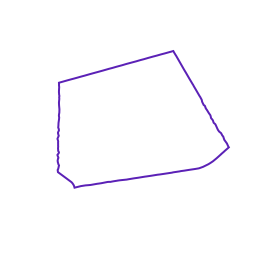 Phaya Thai, Bangkok Metropolis, Thailand (orthographic projection), rotated 53°
{"feature_id": "78962969B58585163382090", "entity_name": "Phaya Thai", "entity_type": "district", "adm_level": 2, "iso_a3": "THA", "parent_name": "Thailand", "parent_adm1": "Bangkok Metropolis", "projection": "orthographic", "projection_center": [100.545, 13.78], "detail": "fine", "context": "isolated", "style": "outline", "palette": "violet", "viewbox_px": 256, "rotation_deg": 53, "n_neighbors": 0, "source": "geoboundaries", "source_scale": "gbopen_adm2", "svg_char_len": 3874}
<svg xmlns="http://www.w3.org/2000/svg" viewBox="0 0 256 256"><g transform="rotate(53 128 128)"><path d="M93.8,45.5L93.5,46.2L93.4,46.4L93.2,47.1L92.3,49.3L90.7,53.4L89.1,57.3L87.6,61.2L86.0,65.1L84.3,69.4L82.6,73.9L81.2,77.3L79.7,81.3L77.8,86.0L75.9,90.7L74.3,95.0L72.2,100.2L70.6,104.4L69.2,107.8L67.1,113.3L65.4,117.6L63.8,121.6L61.9,126.4L60.1,131.1L58.6,134.8L57.6,137.4L56.1,141.2L54.8,144.4L53.6,147.4L51.9,151.8L50.3,155.9L50.7,156.2L51.2,156.5L52.2,157.3L53.0,157.8L54.0,158.4L54.8,159.1L56.7,160.7L57.2,161.1L57.7,161.5L58.3,161.9L59.1,162.4L60.0,163.0L61.1,163.5L61.5,163.9L61.7,164.1L61.9,164.4L62.6,164.8L63.3,165.3L63.8,165.7L63.9,165.8L65.3,167.1L65.8,167.5L66.2,167.9L68.4,169.4L69.5,170.1L71.6,171.4L72.0,171.7L72.4,172.0L74.5,173.7L75.6,174.9L76.3,175.5L76.5,175.7L76.6,175.8L77.7,176.4L78.0,176.5L79.4,177.7L82.2,180.5L84.4,182.3L84.5,182.4L84.8,182.7L85.4,183.2L85.7,183.5L86.2,183.6L86.4,183.7L87.2,183.9L88.1,184.5L88.3,184.6L88.5,184.8L88.6,185.0L89.0,185.8L89.3,186.3L89.4,186.5L89.5,186.6L89.7,186.8L89.8,186.9L90.6,187.3L90.8,187.3L91.5,187.7L92.0,187.8L92.3,187.9L92.5,188.0L92.7,188.3L94.0,190.6L94.2,190.8L94.3,190.9L94.6,191.0L95.5,191.3L95.8,191.4L96.6,191.8L96.9,192.0L97.2,192.3L97.8,192.8L98.0,192.9L100.0,194.4L100.1,194.5L100.4,194.7L100.9,195.0L101.0,195.1L102.1,196.1L102.9,196.6L103.2,196.8L104.2,197.5L104.3,197.5L104.6,197.6L104.9,197.6L105.5,197.7L105.7,197.8L105.8,197.8L106.0,197.9L106.1,198.0L106.3,198.3L106.4,198.5L106.7,199.5L106.8,199.8L106.9,200.0L107.0,200.4L107.0,200.5L107.3,200.7L107.8,200.9L109.3,201.3L109.5,201.3L109.8,201.5L110.0,201.7L110.0,201.8L110.2,202.1L110.3,202.1L110.4,202.3L110.8,202.8L111.3,203.4L111.6,203.7L111.8,203.9L112.4,204.2L112.6,204.4L112.9,204.5L113.0,204.6L113.3,204.7L114.6,205.2L114.8,205.3L115.0,205.4L115.6,205.5L116.1,205.6L116.3,205.6L116.5,205.7L117.0,206.4L117.4,206.9L117.7,207.2L117.9,207.4L118.8,208.6L119.1,209.3L119.3,209.5L119.5,209.6L121.1,210.5L131.2,207.5L137.0,205.8L137.4,205.7L138.7,205.6L140.4,205.7L141.6,205.9L143.5,206.6L146.1,200.5L148.3,196.4L150.4,193.1L151.1,191.9L154.0,186.2L154.8,184.8L156.1,182.4L158.8,176.8L159.1,176.3L159.6,175.6L160.6,174.2L160.9,173.5L161.7,171.9L162.8,169.8L163.3,168.9L163.9,167.7L164.9,165.9L165.2,165.4L168.4,160.1L169.4,158.1L171.8,153.5L173.8,149.9L177.0,143.8L177.8,142.4L180.2,138.0L183.1,132.5L184.4,130.3L190.1,119.8L190.6,118.6L193.6,113.1L194.4,111.4L196.0,108.6L196.2,108.2L198.1,104.6L201.1,99.1L202.6,96.2L203.0,95.3L204.2,91.4L205.3,85.6L205.5,83.5L205.7,80.2L205.5,75.6L205.3,73.1L205.0,69.7L205.0,69.3L204.9,69.2L204.7,66.0L204.5,64.2L204.3,61.3L204.2,59.9L204.1,59.6L204.1,59.1L202.9,59.0L201.2,58.6L200.6,58.5L200.4,58.4L200.1,58.3L199.9,58.3L199.7,58.3L195.7,58.2L195.3,58.2L195.1,58.1L194.8,58.0L192.7,57.3L192.2,57.1L191.9,57.1L190.8,57.2L190.7,57.2L190.2,57.1L189.1,56.9L188.7,56.9L188.4,56.8L188.2,56.8L187.9,56.8L186.0,57.3L185.8,57.3L185.3,57.4L184.7,57.3L184.2,57.3L183.9,57.3L183.5,57.3L182.7,57.1L181.7,56.9L180.0,56.5L178.2,56.1L177.6,56.0L176.9,56.1L175.6,56.4L175.4,56.4L175.2,56.4L173.9,55.9L173.2,55.7L172.9,55.6L172.6,55.6L172.3,55.6L172.1,55.6L171.5,55.6L171.3,55.6L171.2,55.6L170.9,55.7L170.6,55.7L170.4,55.7L170.2,55.7L169.9,55.6L169.6,55.5L169.4,55.4L169.2,55.3L167.9,54.7L167.4,54.6L167.0,54.5L166.9,54.5L166.2,54.5L165.2,54.5L163.9,54.4L162.1,54.2L161.9,54.2L161.7,54.2L161.0,54.1L159.5,54.1L159.2,54.0L158.9,54.0L158.8,53.9L158.5,53.9L157.6,53.6L157.2,53.4L156.5,53.3L156.4,53.3L156.0,53.5L155.7,53.5L155.4,53.6L155.2,53.7L154.9,53.7L154.2,53.5L153.7,53.4L153.0,53.3L152.1,53.1L151.4,52.9L150.2,52.3L149.9,52.2L149.5,52.1L147.5,51.8L147.4,51.8L147.0,51.7L145.4,51.6L140.4,51.0L137.9,50.7L134.3,50.3L132.5,50.0L132.0,50.0L125.5,49.3L118.1,48.4L117.9,48.4L115.1,48.1L110.4,47.5L105.7,46.9L99.3,46.1L97.9,46.0L97.0,45.9L95.9,45.8L93.8,45.5Z" fill="none" stroke="#5b21b6" stroke-width="2"/></g></svg>